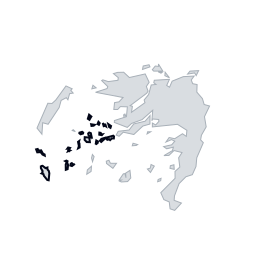 Notioy Aigaioy, Notio Aigaio, Greece (highlighted), rotated 118°
{"feature_id": "26713481B52894455575268", "entity_name": "Notioy Aigaioy", "entity_type": "district", "adm_level": 2, "iso_a3": "GRC", "parent_name": "Greece", "parent_adm1": "Notio Aigaio", "projection": "natural_earth1", "projection_center": [26.069, 36.671], "detail": "medium", "context": "in_parent", "style": "outline", "palette": "ink", "viewbox_px": 256, "rotation_deg": 118, "n_neighbors": 0, "source": "geoboundaries", "source_scale": "gbopen_adm2", "svg_char_len": 5538}
<svg xmlns="http://www.w3.org/2000/svg" viewBox="0 0 256 256"><g transform="rotate(118 128 128)"><path d="M169.2,45.6L178.8,48.1L179.6,52.9L173.9,56.9L174.4,62.7L169.7,68.7L150.3,62.8L144.3,66.1L138.2,63.9L130.5,69.3L124.3,68.8L126.3,76.8L133.0,79.0L135.5,83.3L127.2,78.2L123.6,78.9L128.2,84.1L127.7,87.8L122.3,81.5L117.7,80.5L117.8,84.1L122.5,87.9L117.1,87.2L115.5,81.7L107.5,77.2L108.0,72.6L102.4,74.9L101.5,86.0L115.6,107.0L112.2,108.8L112.3,105.0L107.7,103.8L106.1,104.9L107.0,107.1L108.5,110.5L110.4,110.3L100.7,114.5L114.0,119.5L122.3,127.0L127.8,128.9L129.5,142.7L127.8,143.5L118.7,134.7L109.6,138.5L112.7,144.8L116.5,145.8L118.3,149.2L111.9,151.8L109.1,148.2L103.4,146.7L111.7,173.4L103.0,165.0L100.9,165.3L98.5,173.5L97.3,172.8L96.3,167.2L90.6,159.3L88.1,160.2L86.8,166.4L83.8,163.3L80.8,158.0L82.8,150.5L72.2,138.2L77.7,130.8L82.7,131.3L86.0,127.6L88.5,127.8L107.3,136.6L106.8,134.3L112.5,132.3L97.7,124.9L95.7,126.9L88.8,125.5L79.1,127.7L76.4,123.7L75.9,126.5L73.5,127.2L65.6,114.3L72.3,113.8L72.5,110.5L65.9,111.0L56.7,103.3L51.1,94.0L55.9,94.7L58.5,91.7L57.2,87.4L64.0,84.1L67.1,76.1L71.5,71.8L70.3,66.3L82.1,65.8L90.3,59.5L99.9,59.8L104.4,58.3L105.6,54.6L122.0,53.3L130.1,49.9L139.0,49.3L143.9,54.0L153.1,56.8L166.1,55.1L170.2,53.3L169.2,45.6ZM125.1,195.7L131.3,194.3L130.2,196.7L135.0,200.0L142.3,198.4L162.2,200.3L163.4,205.8L173.9,201.1L170.8,208.3L143.8,210.4L142.0,206.6L137.2,204.9L120.0,202.5L119.6,195.7L121.6,196.2L122.9,192.8L125.1,195.7ZM114.2,110.5L119.3,115.8L131.0,119.8L133.9,130.2L139.5,132.0L139.8,135.1L135.5,135.1L129.3,126.1L121.7,124.8L114.0,116.1L106.6,114.4L114.2,110.5ZM175.5,103.2L178.8,108.6L178.9,110.5L177.1,109.4L178.2,111.4L170.7,110.6L169.7,109.3L172.9,106.4L169.0,108.9L164.5,106.4L170.8,102.1L175.5,103.2ZM203.9,186.1L201.4,185.4L201.3,180.2L205.2,175.9L211.5,173.8L208.7,182.8L203.9,186.1ZM169.4,130.3L167.5,131.6L165.4,129.7L167.4,127.0L164.6,121.6L170.7,122.4L169.4,130.3ZM61.4,124.0L65.7,132.1L65.1,133.9L60.5,133.0L59.2,129.9L57.2,131.2L61.4,124.0ZM52.4,100.7L48.7,100.0L44.2,92.6L49.7,92.4L48.1,95.0L52.4,100.7ZM156.7,87.3L155.1,91.6L153.0,89.5L149.4,90.5L149.3,86.9L156.7,87.3ZM183.7,140.2L188.2,142.7L184.1,144.2L178.9,142.3L183.7,140.2ZM143.9,72.0L141.4,72.9L138.9,70.2L142.8,67.8L143.9,72.0ZM63.7,137.3L69.5,142.7L66.1,143.7L62.3,139.1L63.7,137.3ZM158.6,160.8L156.9,161.7L155.0,158.2L158.2,155.2L158.6,160.8ZM147.1,137.9L147.2,143.1L142.1,136.5L147.1,137.9ZM191.7,188.8L190.0,198.8L188.7,194.2L191.7,188.8ZM64.5,120.0L61.3,121.4L64.2,115.0L64.5,120.0ZM110.4,178.3L106.7,179.0L107.5,175.0L110.4,178.3ZM186.2,166.6L191.4,162.4L194.1,163.2L190.2,165.4L186.2,166.6ZM168.1,147.0L169.2,144.5L174.4,143.5L171.6,146.1L168.1,147.0ZM152.5,156.3L151.8,160.2L150.0,159.1L152.5,156.3ZM152.4,144.6L151.0,146.7L147.9,143.5L152.4,144.6ZM141.7,115.9L139.1,116.4L138.1,111.7L139.6,112.6L141.7,115.9ZM161.5,76.6L159.3,77.2L156.9,75.2L159.2,74.4L161.5,76.6ZM138.8,165.7L138.7,167.7L134.6,168.4L135.3,166.2L138.8,165.7ZM168.8,162.3L162.5,165.1L167.6,161.5L168.8,162.3ZM136.2,144.1L134.0,147.1L135.8,143.3L136.2,144.1ZM157.0,148.5L154.0,149.9L154.1,148.0L157.0,148.5ZM176.6,170.1L174.1,171.9L172.9,171.0L174.8,168.8L176.6,170.1ZM188.0,159.9L185.6,161.3L185.0,157.8L188.0,159.9ZM137.8,150.0L135.8,152.3L136.8,148.4L137.8,150.0ZM64.1,124.6L64.2,127.8L62.6,123.9L64.1,124.6ZM155.9,166.9L155.0,168.3L153.0,165.9L155.9,166.9ZM124.3,108.4L122.1,108.9L120.7,106.2L124.3,108.4ZM119.6,137.4L118.0,138.0L117.1,137.3L118.3,135.8L119.6,137.4ZM138.7,155.3L136.6,156.7L137.0,155.4L138.7,155.3ZM155.9,172.8L156.4,176.1L155.2,175.6L155.9,172.8ZM143.3,161.2L141.6,161.0L141.7,159.4L143.3,161.2Z" fill="#d9dde1" stroke="#a8b0b8" stroke-width="1"/><path d="M211.4,173.5L204.9,176.2L203.1,177.8L202.4,179.7L200.7,180.6L202.2,182.0L201.5,185.7L202.5,187.0L202.1,187.3L204.3,186.1L206.0,183.3L207.5,182.5L208.7,183.0L208.4,181.0L209.7,179.8L211.8,174.9L211.4,173.5ZM159.8,157.9L158.4,155.0L154.6,157.7L156.4,161.9L158.8,160.8L159.8,157.9ZM144.8,137.4L143.9,135.6L142.0,136.4L141.7,137.4L147.3,143.3L148.0,141.2L147.0,141.1L147.6,140.1L146.7,139.4L147.1,138.1L144.8,137.4ZM191.5,188.5L190.5,189.2L190.5,191.1L188.5,194.2L189.5,195.5L189.6,197.0L188.9,197.9L190.0,199.1L192.1,196.7L190.3,193.8L191.6,191.0L191.5,188.5ZM194.1,163.3L192.7,162.0L188.7,163.6L187.1,165.5L185.7,165.8L185.7,167.1L186.7,167.9L186.8,166.0L189.4,165.9L194.1,163.3ZM148.5,143.5L147.5,143.8L150.1,146.4L152.5,146.8L152.9,145.1L148.5,143.5ZM152.5,156.3L150.0,158.4L150.2,160.1L151.5,160.6L152.8,159.6L153.7,156.4L152.3,157.0L152.5,156.3ZM138.9,165.9L136.3,165.8L137.5,167.1L137.0,167.5L135.0,166.2L134.5,168.6L138.7,167.8L138.9,165.9ZM136.1,143.6L134.2,143.9L133.8,147.2L136.0,145.1L136.1,143.6ZM167.9,161.6L164.5,163.6L164.7,164.4L162.4,165.0L163.7,165.6L167.0,162.9L169.3,162.5L167.9,161.6ZM187.9,159.6L184.8,158.2L186.5,159.6L186.0,159.5L185.4,161.1L186.4,161.8L188.2,161.3L187.9,159.6ZM154.0,165.1L153.2,165.3L152.9,166.7L154.9,168.7L155.5,168.5L155.8,166.9L154.0,165.1ZM136.8,149.2L136.9,148.2L135.5,149.6L136.2,151.0L135.5,152.6L137.8,150.3L136.8,149.2ZM175.0,168.6L175.0,169.4L175.6,169.2L175.4,170.1L172.8,169.8L173.3,171.7L174.7,171.9L174.2,171.2L174.7,170.3L176.8,170.1L175.0,168.6ZM155.0,147.9L154.0,148.2L153.9,150.1L157.0,149.1L157.0,148.4L155.7,147.9L155.3,148.7L155.0,147.9ZM147.4,150.2L146.6,147.7L145.6,147.5L146.0,148.0L145.1,149.9L145.5,151.1L147.4,150.2ZM140.8,158.9L142.0,162.3L143.3,161.2L142.1,159.4L140.8,158.9ZM138.8,155.2L137.0,155.3L136.4,157.0L138.8,156.8L138.8,155.2Z" fill="none" stroke="#020617" stroke-width="2"/></g></svg>